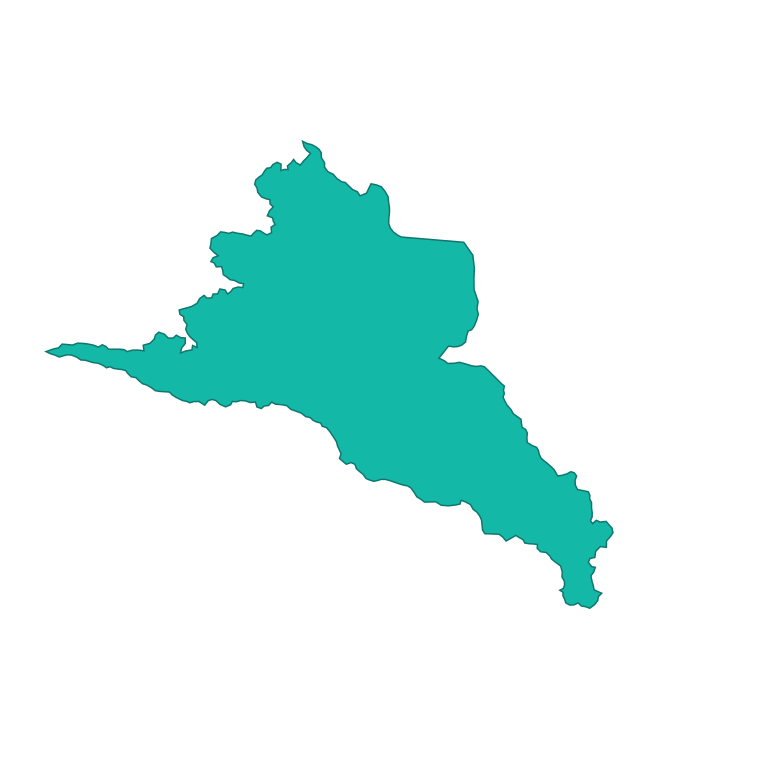 Aurora do Tocantins, Tocantins, Brazil (Albers equal-area conic projection), rotated 214°
{"feature_id": "56859067B18425923118279", "entity_name": "Aurora do Tocantins", "entity_type": "district", "adm_level": 2, "iso_a3": "BRA", "parent_name": "Brazil", "parent_adm1": "Tocantins", "projection": "albers", "projection_center": [-46.425, -12.638], "detail": "fine", "context": "isolated", "style": "filled", "palette": "teal", "viewbox_px": 768, "rotation_deg": 214, "n_neighbors": 0, "source": "geoboundaries", "source_scale": "gbopen_adm2", "svg_char_len": 5249}
<svg xmlns="http://www.w3.org/2000/svg" viewBox="0 0 768 768"><g transform="rotate(214 384 384)"><path d="M180.1,415.7L182.1,411.8L185.5,407.6L188.8,404.9L192.3,406.8L195.4,408.2L199.3,408.9L204.0,409.5L209.0,409.9L212.5,410.4L216.1,412.6L218.7,415.2L222.1,416.8L226.9,415.8L232.5,415.6L235.7,419.6L237.6,423.4L241.1,425.5L245.3,425.3L248.2,428.4L250.8,431.4L255.6,431.5L260.2,431.6L264.6,433.9L270.2,435.3L275.1,437.9L278.1,439.8L278.8,443.2L281.4,445.6L283.1,449.6L286.6,449.9L290.9,450.7L295.6,451.7L300.2,452.5L305.5,453.6L310.6,454.4L314.0,453.1L317.2,450.2L321.3,448.2L328.4,446.0L333.5,444.2L337.2,440.6L342.6,436.7L347.2,437.0L352.9,436.1L351.7,451.5L347.2,453.6L343.7,456.4L341.3,459.7L339.9,464.3L342.4,470.0L343.9,475.0L341.7,478.0L341.6,482.5L342.8,488.4L344.8,494.5L349.1,498.5L352.1,505.0L362.2,512.7L368.7,522.1L373.5,530.1L382.3,540.4L397.1,546.1L451.7,515.6L456.0,515.0L461.4,515.3L465.9,516.8L469.8,519.6L472.6,524.0L475.4,529.3L478.2,533.4L481.4,536.8L485.3,541.5L491.0,544.3L496.5,546.0L501.7,544.8L506.7,542.7L506.1,538.5L505.2,532.4L509.1,526.6L513.6,528.5L518.8,527.6L524.1,528.5L528.7,529.4L532.1,528.0L537.9,528.0L543.5,529.5L549.1,528.6L554.5,530.5L557.1,534.3L562.3,536.5L565.6,540.8L569.4,542.3L573.1,542.5L577.8,542.0L582.4,540.3L587.2,539.7L582.9,536.0L579.0,534.5L573.9,534.1L574.6,527.8L575.4,523.9L575.8,518.7L580.6,518.3L584.5,519.6L584.7,515.4L586.0,510.8L583.4,508.1L586.7,506.1L588.8,503.3L592.3,508.7L596.5,508.1L598.8,503.9L599.0,499.9L601.9,497.2L602.1,493.6L601.9,489.0L603.3,485.8L604.4,481.3L602.8,477.2L599.0,475.6L595.8,472.3L590.1,470.6L585.2,471.6L581.7,473.0L579.1,469.5L574.8,468.9L575.8,463.7L574.8,458.2L569.2,459.5L566.8,457.0L563.4,455.3L565.3,450.9L561.8,446.5L564.5,442.1L568.3,441.8L572.0,441.8L575.4,440.3L576.3,436.8L577.0,432.2L581.5,430.5L585.7,429.1L589.6,427.1L594.4,425.3L597.0,422.0L600.4,420.8L604.5,418.8L605.4,413.9L608.4,408.1L605.8,403.3L604.3,399.3L598.5,398.0L593.1,397.6L596.3,393.2L596.0,388.7L592.4,389.4L588.5,387.3L584.4,390.5L581.4,388.2L578.4,384.8L574.3,384.8L570.0,384.4L565.7,386.3L560.6,386.8L556.4,388.6L555.0,385.0L559.3,382.7L562.5,378.8L562.7,374.8L564.1,371.1L568.3,373.1L573.2,371.0L572.3,365.7L576.0,363.0L575.0,359.1L578.8,356.1L582.7,356.9L584.6,351.7L584.1,346.4L587.0,340.4L591.0,335.8L595.2,330.8L592.0,327.6L587.7,327.8L585.5,324.9L580.5,323.2L579.0,318.5L575.5,316.3L571.4,314.7L566.8,314.0L562.4,313.5L559.4,309.8L564.2,308.9L562.3,304.8L566.5,300.9L570.1,296.0L571.9,300.6L571.4,306.4L574.5,311.0L578.5,308.7L583.5,308.3L584.4,304.3L588.5,301.4L593.9,302.5L599.7,301.0L600.8,296.8L599.6,292.6L600.7,286.9L605.3,281.5L601.6,277.3L607.4,274.3L611.5,271.4L615.1,267.2L618.6,267.2L622.5,265.1L627.5,261.7L631.9,258.8L635.5,259.6L639.5,259.0L641.4,254.9L646.4,253.8L651.6,251.7L656.3,249.3L660.9,246.5L664.0,242.1L668.1,239.9L673.1,237.1L674.0,232.0L677.1,228.8L679.3,226.0L682.3,221.9L677.1,222.7L672.8,224.0L668.3,224.8L665.5,228.2L662.7,231.3L659.0,233.3L653.7,234.5L648.7,234.4L645.1,236.6L640.9,237.9L637.1,239.1L632.6,241.4L627.4,242.3L623.1,242.3L620.7,245.2L617.1,245.6L613.1,247.5L609.4,249.4L605.7,250.7L602.0,249.4L597.6,248.6L593.1,250.6L589.3,249.8L584.3,249.2L580.2,250.5L574.9,250.9L569.9,250.6L565.8,252.4L561.6,254.9L557.3,257.4L553.6,256.5L548.6,256.7L541.9,257.6L537.8,259.3L534.4,259.9L531.8,263.1L527.7,266.0L524.2,266.1L520.8,266.2L520.4,271.9L518.0,275.0L514.1,276.3L508.6,275.4L502.5,276.5L499.5,281.1L500.0,284.7L496.5,286.7L493.9,289.9L489.8,292.4L484.4,293.9L480.5,297.2L476.5,293.9L471.9,295.1L471.1,298.7L467.7,301.6L467.0,306.2L462.9,306.5L457.5,309.5L452.6,311.7L447.0,310.9L441.6,312.3L436.2,313.6L430.6,313.2L426.4,314.9L422.2,314.2L417.9,315.0L414.7,316.3L411.6,314.4L407.3,315.7L402.1,314.2L395.5,311.5L390.9,309.4L387.7,306.5L384.2,304.4L380.5,302.1L379.3,297.4L374.8,296.8L370.4,296.4L367.4,300.4L363.2,301.2L359.4,298.3L354.5,297.7L350.6,297.4L346.1,295.6L342.1,296.4L338.1,297.6L335.3,300.5L333.2,303.2L329.3,305.8L324.0,307.5L318.7,308.9L314.7,310.0L311.2,311.1L307.3,312.8L303.4,312.8L298.7,311.1L293.6,308.8L289.0,309.1L284.5,308.7L280.5,311.5L275.2,315.3L268.8,315.5L262.8,318.8L257.8,323.0L253.9,326.9L255.0,330.7L250.7,331.8L244.8,332.4L239.9,329.9L235.3,329.7L230.7,328.0L227.0,325.7L224.0,322.1L220.5,317.9L216.6,316.3L213.2,318.5L209.3,320.9L204.6,323.8L199.8,323.5L195.0,322.1L192.6,326.9L190.0,332.2L185.8,332.3L181.7,332.7L178.3,330.9L174.2,332.8L170.9,334.8L167.1,336.8L165.1,333.4L160.4,332.5L155.4,335.0L150.5,334.2L147.3,332.6L142.3,332.2L135.8,331.9L131.1,327.9L128.5,323.5L124.2,321.4L121.8,318.2L121.0,314.8L122.9,311.3L119.2,311.5L117.3,308.6L114.1,306.7L110.9,304.2L106.4,304.6L102.9,307.2L100.6,311.1L96.4,310.3L92.3,312.1L88.0,313.2L86.0,319.0L85.7,324.0L87.4,327.6L86.5,332.3L90.6,331.5L94.9,330.9L97.5,333.7L101.0,336.5L105.2,340.7L105.0,345.5L106.3,350.2L109.7,348.7L114.9,350.5L115.7,354.5L112.2,358.1L114.9,363.5L113.8,370.1L108.3,373.0L111.8,378.4L111.0,384.0L111.0,388.7L114.3,392.0L118.7,393.1L123.0,394.3L127.6,390.4L131.8,389.7L133.0,384.9L136.4,386.2L137.1,390.1L139.3,393.6L142.7,397.4L145.7,401.8L149.3,403.8L151.1,406.8L154.3,408.9L159.1,407.0L164.6,404.7L169.0,407.3L171.8,411.1L172.8,415.4L176.7,416.8L180.1,415.7Z" fill="#14b8a6" stroke="#0f766e" stroke-width="1.5"/></g></svg>